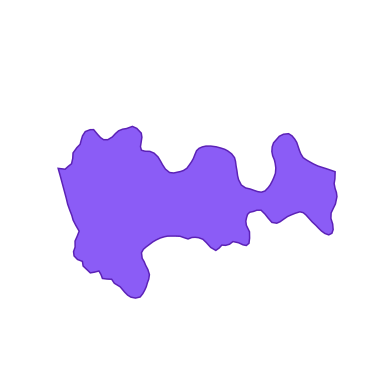 Celso Ramos, Santa Catarina, Brazil, rotated 150°
{"feature_id": "56859067B63950951197132", "entity_name": "Celso Ramos", "entity_type": "district", "adm_level": 2, "iso_a3": "BRA", "parent_name": "Brazil", "parent_adm1": "Santa Catarina", "projection": "natural_earth1", "projection_center": [-51.328, -27.652], "detail": "fine", "context": "isolated", "style": "filled", "palette": "violet", "viewbox_px": 384, "rotation_deg": 150, "n_neighbors": 0, "source": "geoboundaries", "source_scale": "gbopen_adm2", "svg_char_len": 2684}
<svg xmlns="http://www.w3.org/2000/svg" viewBox="0 0 384 384"><g transform="rotate(150 192 192)"><path d="M304.9,151.8L301.6,145.8L300.4,139.0L299.3,134.9L297.5,131.5L294.0,128.4L289.4,127.0L285.4,128.6L282.1,130.6L279.0,132.8L276.0,135.7L273.1,138.1L270.2,141.7L269.0,146.9L268.8,151.8L268.3,155.5L268.3,159.5L266.1,164.7L262.7,166.7L259.1,167.4L254.0,168.0L250.8,168.4L246.9,168.4L242.3,168.0L238.1,167.0L235.2,166.0L232.5,164.5L228.5,162.2L224.5,159.7L221.5,156.2L218.9,153.3L214.9,152.7L211.9,151.2L209.1,149.1L206.2,145.6L204.9,141.1L203.5,134.6L200.6,129.5L196.5,129.9L192.7,131.1L189.6,129.0L185.6,128.0L181.3,128.6L177.1,124.8L174.2,120.7L171.7,118.5L168.3,119.1L165.2,123.2L162.1,128.8L161.6,135.9L160.0,139.8L157.6,142.5L155.1,144.8L152.2,145.6L148.4,144.4L144.9,143.8L141.3,141.7L139.8,136.3L139.1,131.3L138.0,125.7L134.2,122.6L130.6,122.2L126.5,122.6L121.5,123.0L117.7,122.6L113.4,122.0L108.5,120.9L106.0,118.5L104.8,115.2L103.8,110.5L102.9,106.1L101.4,101.2L100.4,97.1L99.4,93.5L97.7,89.7L95.0,86.5L91.5,86.3L88.6,88.8L86.2,93.9L84.9,99.7L82.0,104.3L78.1,107.0L73.8,109.9L71.2,112.8L68.8,115.5L67.2,119.3L66.3,123.6L64.7,128.2L61.7,131.9L57.9,138.0L61.1,141.7L64.0,145.0L67.3,148.6L70.0,151.6L72.8,155.6L74.9,159.1L76.9,162.6L78.6,166.2L78.7,170.7L78.2,174.2L77.3,178.6L76.5,182.6L76.6,186.5L77.3,190.6L79.2,194.2L83.9,196.3L88.5,196.6L96.8,193.8L100.0,191.0L102.6,187.1L104.0,183.1L104.6,178.6L105.6,175.3L107.4,170.9L110.4,166.5L114.0,163.5L116.9,161.4L120.6,159.1L123.8,157.7L128.3,156.4L132.1,157.2L134.9,159.5L137.3,162.2L140.1,165.5L143.6,168.8L145.8,173.4L145.5,179.4L144.4,183.2L142.4,188.1L140.8,192.5L139.0,196.8L138.0,200.5L138.6,205.2L140.5,209.7L142.3,212.6L144.9,215.5L148.4,219.0L152.8,222.4L157.0,224.8L160.5,225.9L164.0,226.3L167.4,225.5L170.7,223.0L174.1,220.3L177.3,218.4L180.7,216.8L184.6,215.1L188.7,214.9L191.8,215.5L194.8,216.5L198.3,217.6L201.7,220.1L203.6,225.1L203.9,230.3L203.8,234.6L203.9,239.4L205.4,244.6L208.2,248.3L212.3,250.8L214.9,253.5L214.0,257.0L211.1,260.6L208.0,264.5L206.5,268.4L208.0,274.7L210.8,278.6L217.0,279.7L220.7,281.1L225.0,281.7L229.0,280.9L233.5,279.5L238.8,279.4L242.4,281.5L244.0,284.8L244.9,288.8L246.0,295.2L249.1,296.9L254.2,297.7L258.7,295.4L262.2,292.1L265.1,289.2L269.5,288.0L275.5,285.3L278.5,280.7L282.2,276.7L286.3,276.1L290.5,275.2L296.1,279.4L298.1,271.6L304.0,249.5L305.8,243.5L306.9,237.5L307.8,231.7L309.0,227.2L309.3,221.4L309.3,214.5L313.4,211.2L317.8,208.0L320.8,202.7L324.4,199.6L326.1,195.6L324.9,190.8L321.6,186.7L323.3,182.3L321.5,176.3L320.5,172.8L316.7,171.4L312.1,170.1L312.1,166.1L312.8,161.9L309.1,159.1L305.2,156.6L304.9,151.8Z" fill="#8b5cf6" stroke="#5b21b6" stroke-width="1.5"/></g></svg>